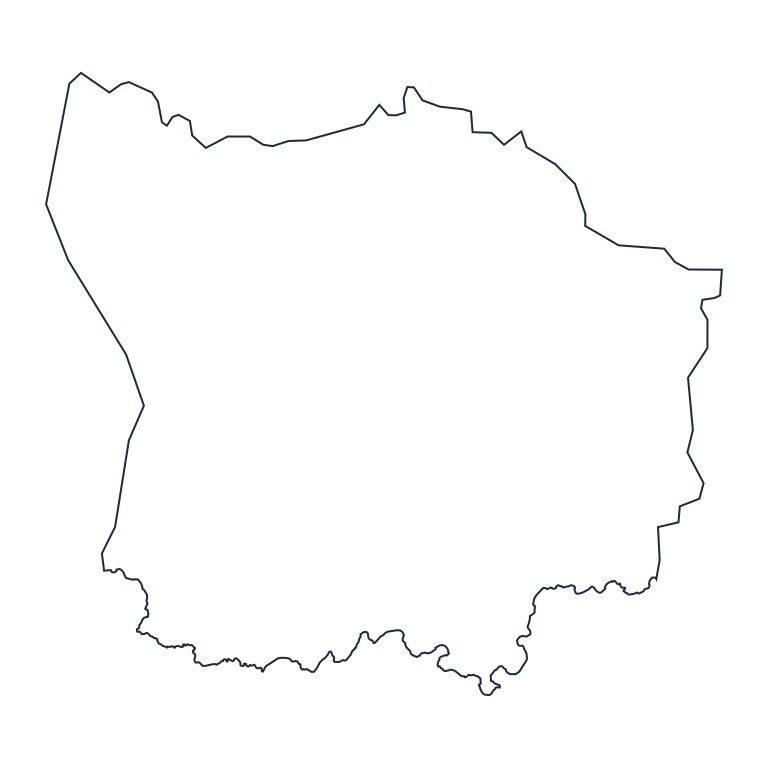 the district of Porvenir, Paysandú, Uruguay
{"feature_id": "84410073B33376625249315", "entity_name": "Porvenir", "entity_type": "district", "adm_level": 2, "iso_a3": "URY", "parent_name": "Uruguay", "parent_adm1": "Paysandú", "projection": "natural_earth1", "projection_center": [-57.84, -32.438], "detail": "fine", "context": "isolated", "style": "outline", "palette": "slate", "viewbox_px": 768, "rotation_deg": 0, "n_neighbors": 0, "source": "geoboundaries", "source_scale": "gbopen_adm2", "svg_char_len": 6114}
<svg xmlns="http://www.w3.org/2000/svg" viewBox="0 0 768 768"><path d="M555.4,164.3L526.6,147.1L521.3,131.4L504.0,144.8L491.4,132.8L472.6,132.2L471.0,111.6L462.5,109.2L439.9,106.7L422.6,100.4L413.9,87.4L407.4,87.0L403.7,98.0L404.9,112.6L396.2,115.3L388.4,115.1L379.3,104.9L364.0,124.3L306.1,140.4L288.4,141.0L272.7,146.1L263.4,144.8L249.9,136.5L227.6,136.5L205.8,147.9L192.2,135.5L189.9,121.0L178.6,114.9L172.5,116.9L166.8,125.7L161.9,122.2L158.0,101.6L151.9,92.5L128.9,82.1L120.8,84.3L109.4,92.5L81.0,72.9L69.4,83.6L46.1,204.3L68.2,260.3L126.1,354.5L143.9,405.7L128.9,440.3L115.1,526.9L101.9,553.5L104.1,570.7L110.8,570.1L111.7,572.0L114.1,572.5L116.2,571.3L116.3,570.3L116.9,569.4L117.6,569.6L119.3,568.9L120.1,569.2L121.6,570.2L123.6,572.5L124.3,574.7L125.9,577.8L126.4,578.1L133.1,579.8L134.5,579.1L135.9,579.6L137.8,579.3L140.3,582.3L141.7,584.9L142.8,589.2L143.8,589.7L145.5,592.1L146.9,594.6L147.2,598.1L146.4,600.9L147.3,602.5L147.3,604.2L145.2,608.7L145.9,609.4L147.5,609.8L148.4,613.6L147.8,616.9L146.6,616.9L143.8,618.0L142.2,620.0L140.9,623.2L139.4,625.0L139.1,628.0L137.0,629.2L136.9,630.7L137.3,631.7L139.3,631.6L140.6,632.6L141.7,634.1L144.7,634.0L146.0,633.0L147.6,633.1L150.7,636.3L152.1,636.5L154.6,638.3L155.5,638.1L157.2,639.0L157.2,640.4L158.7,643.3L161.5,644.7L162.9,646.1L165.7,646.7L166.5,647.0L166.8,647.5L167.2,647.5L167.7,646.6L169.9,647.0L171.0,646.3L173.4,646.6L174.0,647.6L175.0,647.5L175.7,646.4L177.8,645.9L182.0,647.1L182.9,646.6L183.2,646.0L183.1,645.1L183.5,644.4L184.1,644.3L185.1,645.5L186.3,645.3L186.7,644.6L187.7,644.3L189.3,645.2L191.7,645.1L194.8,647.8L194.9,648.7L194.3,648.9L194.0,650.4L193.3,650.4L192.8,651.1L193.4,653.1L194.6,653.7L195.2,654.7L195.2,657.0L194.5,658.6L194.4,660.2L195.1,661.9L196.1,662.7L198.3,662.2L199.7,662.8L202.6,665.9L205.9,665.8L212.7,664.2L215.5,664.1L216.6,664.7L218.3,663.6L219.4,663.3L221.9,660.8L223.1,661.0L223.6,659.6L224.3,659.2L225.4,659.4L226.3,660.2L226.6,661.4L227.0,661.6L227.7,661.1L227.6,659.8L228.0,659.1L228.5,659.0L232.4,661.2L233.7,660.7L234.4,659.0L235.4,658.3L236.1,658.3L238.0,659.6L240.3,662.3L240.4,664.6L240.7,665.6L243.0,666.1L244.0,665.2L243.9,664.1L244.5,663.5L246.2,664.1L246.2,665.4L248.0,666.6L249.2,666.1L249.7,665.1L251.5,665.6L254.5,664.8L256.1,667.5L257.2,668.1L258.7,668.3L260.8,667.7L261.3,668.1L261.7,668.6L261.7,671.0L262.2,671.5L262.9,671.5L265.8,666.3L278.0,658.3L281.4,657.8L285.6,657.9L289.2,658.5L291.2,660.4L291.7,661.4L293.8,661.6L295.3,661.0L297.7,661.6L297.8,662.4L299.0,664.0L300.2,664.1L300.6,665.2L300.4,666.6L300.9,668.1L301.8,669.3L302.6,669.6L303.5,669.1L304.8,669.6L307.1,669.1L308.3,670.2L309.6,670.5L311.3,671.9L313.9,671.9L317.1,667.8L319.7,662.7L322.6,659.6L324.6,658.3L326.0,656.8L328.1,654.3L328.8,652.3L329.8,651.7L331.1,651.7L332.5,655.7L333.8,656.6L334.2,658.5L333.7,660.9L334.0,661.4L335.5,662.0L339.4,661.9L342.8,660.1L345.0,660.6L346.4,659.9L350.9,654.4L351.7,652.2L352.8,650.3L353.7,650.1L354.8,648.2L355.7,647.9L356.8,644.7L358.6,641.8L359.4,638.4L360.6,636.8L360.5,634.4L363.4,632.2L366.1,631.8L367.3,632.7L368.0,633.8L368.2,636.9L369.0,638.7L370.5,639.9L372.3,640.5L373.2,641.9L373.5,643.0L374.6,643.1L381.0,636.2L383.2,635.2L384.7,633.5L386.3,632.3L387.7,631.7L396.3,630.3L400.3,630.4L402.7,632.3L403.2,633.3L404.0,635.4L403.4,636.3L402.7,639.0L402.7,640.7L405.3,643.2L405.4,645.1L406.3,647.1L410.2,651.2L410.8,653.6L412.3,655.0L415.8,656.6L417.0,657.0L418.7,655.9L419.8,655.7L420.7,654.0L421.7,653.3L424.8,652.7L428.5,653.4L431.7,652.1L435.7,649.1L435.6,647.6L440.1,645.2L443.3,645.2L445.6,646.4L447.1,648.2L448.2,650.5L448.2,652.2L448.9,653.0L448.8,653.7L446.9,655.5L445.9,655.1L443.6,655.8L441.1,656.7L439.5,658.0L439.3,660.0L438.5,661.1L437.7,663.4L437.6,664.8L438.3,666.6L438.9,666.3L439.8,666.4L440.9,668.2L442.2,668.7L443.5,670.4L444.8,671.0L447.8,670.7L450.5,669.6L453.6,670.3L455.7,671.4L460.7,675.5L462.1,676.3L464.0,676.2L464.7,677.2L466.1,677.1L468.8,674.8L470.9,675.4L473.7,674.8L477.0,676.4L477.9,676.3L479.6,678.0L480.4,678.3L480.7,683.7L479.2,684.5L478.9,685.4L479.1,686.1L479.9,686.7L480.2,689.0L480.8,689.5L481.5,691.6L483.4,693.8L484.6,694.6L489.0,695.1L490.1,694.7L491.7,693.3L492.9,690.9L495.3,688.7L495.5,687.7L497.4,687.2L499.7,687.6L500.0,686.9L499.5,685.2L494.7,683.5L493.8,682.7L493.2,681.6L491.0,680.9L490.7,675.5L495.0,670.2L497.0,669.4L497.9,667.7L499.0,666.7L501.4,666.2L502.3,666.4L503.7,668.1L505.9,669.4L505.9,670.8L506.5,671.7L509.8,674.1L515.7,674.2L519.3,671.6L526.6,660.2L527.0,657.9L526.4,653.2L524.2,649.0L523.5,646.9L523.0,646.1L522.2,645.7L519.8,645.8L518.4,645.0L517.6,643.7L517.0,640.3L519.1,637.5L519.9,636.8L522.8,635.9L526.6,636.6L530.1,634.4L530.5,633.0L530.1,630.8L527.9,627.8L527.6,626.6L529.0,622.9L530.0,617.9L529.8,616.8L530.2,615.7L532.9,614.2L534.6,612.5L534.5,610.7L535.0,606.7L534.7,605.7L533.9,605.5L533.1,604.4L534.1,599.0L536.5,595.0L543.2,588.0L544.8,587.9L547.4,589.1L550.7,587.5L553.1,588.7L554.7,588.6L556.1,587.9L556.4,586.5L557.3,585.6L558.6,585.3L560.6,586.4L561.5,586.1L563.3,587.5L566.6,586.6L568.3,586.5L570.7,585.3L572.0,585.4L573.5,585.9L574.6,586.8L575.1,587.8L574.5,588.8L574.7,590.2L575.6,592.8L576.8,593.7L578.7,593.7L582.5,592.6L588.3,589.6L591.5,586.7L592.6,586.6L594.7,588.4L595.1,589.5L596.3,590.8L598.6,592.5L600.1,592.8L601.6,592.1L605.4,588.6L605.0,587.4L605.3,586.2L606.5,584.4L607.9,583.1L611.5,581.3L612.6,581.9L613.6,581.0L614.7,580.9L617.4,583.9L618.6,584.3L619.8,583.6L620.7,586.3L621.5,587.3L622.4,587.7L624.6,587.6L625.3,588.1L624.2,590.2L623.5,590.4L623.5,591.0L626.1,593.0L627.1,593.2L628.0,594.2L629.3,594.6L634.4,593.7L636.6,592.7L637.7,592.7L638.4,593.5L639.4,593.4L643.4,591.3L644.8,589.2L648.4,588.1L649.3,586.9L649.6,585.5L649.0,584.0L649.8,580.3L651.4,578.8L651.6,577.9L652.4,577.5L653.7,577.7L655.1,577.5L655.8,578.0L656.3,579.0L659.7,560.0L658.0,527.1L678.5,522.3L679.8,506.3L699.4,498.7L703.6,483.2L687.4,452.4L692.9,430.1L688.0,377.7L707.4,348.1L707.5,319.8L701.0,308.3L702.4,299.8L714.6,298.0L720.1,295.4L721.9,269.7L688.5,269.5L674.9,262.0L664.3,248.7L618.5,245.3L585.2,225.9L585.4,214.3L575.0,183.9L555.4,164.3Z" fill="none" stroke="#1e293b" stroke-width="2"/></svg>